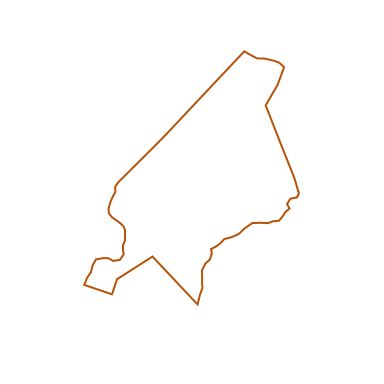 the district of Tanque d'Arca, Alagoas, Brazil, rotated 64°
{"feature_id": "56859067B91269907652383", "entity_name": "Tanque d'Arca", "entity_type": "district", "adm_level": 2, "iso_a3": "BRA", "parent_name": "Brazil", "parent_adm1": "Alagoas", "projection": "natural_earth1", "projection_center": [-36.408, -9.567], "detail": "fine", "context": "isolated", "style": "outline", "palette": "amber", "viewbox_px": 384, "rotation_deg": 64, "n_neighbors": 0, "source": "geoboundaries", "source_scale": "gbopen_adm2", "svg_char_len": 1038}
<svg xmlns="http://www.w3.org/2000/svg" viewBox="0 0 384 384"><g transform="rotate(64 192 192)"><path d="M295.5,236.3L287.8,229.9L282.9,224.7L278.8,223.1L273.4,220.4L267.0,217.5L262.3,211.6L260.5,205.5L255.7,201.0L251.6,200.0L251.5,193.6L250.5,188.8L248.4,183.5L250.0,176.3L250.2,168.3L247.7,160.3L246.4,151.3L249.9,143.5L253.2,137.5L254.0,131.4L256.0,126.6L254.0,122.0L250.9,116.8L249.6,111.6L244.6,111.9L241.1,106.6L242.9,100.0L240.1,96.5L224.5,93.9L191.2,91.4L182.2,90.7L146.4,87.8L133.2,68.1L120.2,54.5L114.0,56.9L110.1,60.6L103.5,68.8L100.5,74.9L94.9,79.0L88.5,83.4L129.3,191.2L135.3,208.2L141.3,225.8L144.0,233.8L151.0,254.2L153.8,258.9L158.4,260.9L161.6,265.4L165.4,269.9L170.5,274.4L174.6,276.0L179.8,275.0L184.5,272.3L188.8,270.1L192.7,268.6L196.9,268.9L201.6,271.3L206.1,273.3L209.5,277.3L213.4,279.2L218.2,280.8L221.4,286.6L219.4,293.0L214.8,296.2L212.5,300.7L210.5,307.9L214.3,313.4L219.7,318.0L223.5,324.4L228.3,329.5L248.9,308.8L237.5,297.6L232.7,255.8L295.5,236.3Z" fill="none" stroke="#b45309" stroke-width="2"/></g></svg>